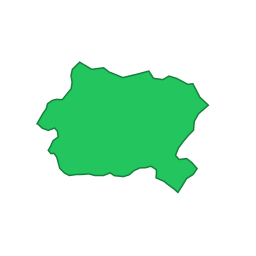 outline of Jincheon-gun, North Chungcheong, South Korea, rotated 139°
{"feature_id": "91817680B40614027699537", "entity_name": "Jincheon-gun", "entity_type": "district", "adm_level": 2, "iso_a3": "KOR", "parent_name": "South Korea", "parent_adm1": "North Chungcheong", "projection": "robinson", "projection_center": [127.46, 36.871], "detail": "fine", "context": "isolated", "style": "filled", "palette": "green", "viewbox_px": 256, "rotation_deg": 139, "n_neighbors": 0, "source": "geoboundaries", "source_scale": "gbopen_adm2", "svg_char_len": 1038}
<svg xmlns="http://www.w3.org/2000/svg" viewBox="0 0 256 256"><g transform="rotate(139 128 128)"><path d="M132.6,46.6L122.6,49.6L117.0,51.4L109.4,50.2L102.5,52.0L102.5,59.9L103.8,66.5L110.1,70.7L110.1,76.2L103.2,79.8L95.0,81.6L87.5,82.8L80.0,83.4L73.7,89.5L65.5,92.5L52.4,92.5L53.6,104.0L50.0,118.9L54.2,121.6L58.6,133.1L63.0,140.3L69.9,141.6L76.2,148.8L74.9,157.3L85.0,162.2L98.8,169.4L105.6,182.8L106.9,189.4L116.9,196.1L121.3,209.4L131.4,208.8L136.4,205.2L140.2,199.1L145.2,194.9L159.0,192.5L163.4,196.7L167.1,198.5L172.8,199.1L177.2,196.1L182.2,194.9L193.8,190.9L193.5,190.6L192.8,184.0L189.7,178.5L183.4,176.1L183.4,171.9L186.6,167.0L192.8,167.6L197.9,165.2L202.9,163.4L202.9,159.1L200.4,157.3L201.0,152.5L206.0,142.2L205.4,135.5L203.5,130.7L197.8,127.0L192.8,122.8L187.8,119.2L184.0,113.7L177.8,108.3L170.9,105.8L169.6,101.0L163.3,94.3L157.7,91.9L151.4,91.9L145.2,90.1L140.8,86.5L135.8,84.1L133.9,78.0L136.4,75.0L139.5,72.0L135.8,64.1L135.1,59.9L133.3,52.0L132.6,46.6Z" fill="#22c55e" stroke="#15803d" stroke-width="1.5"/></g></svg>